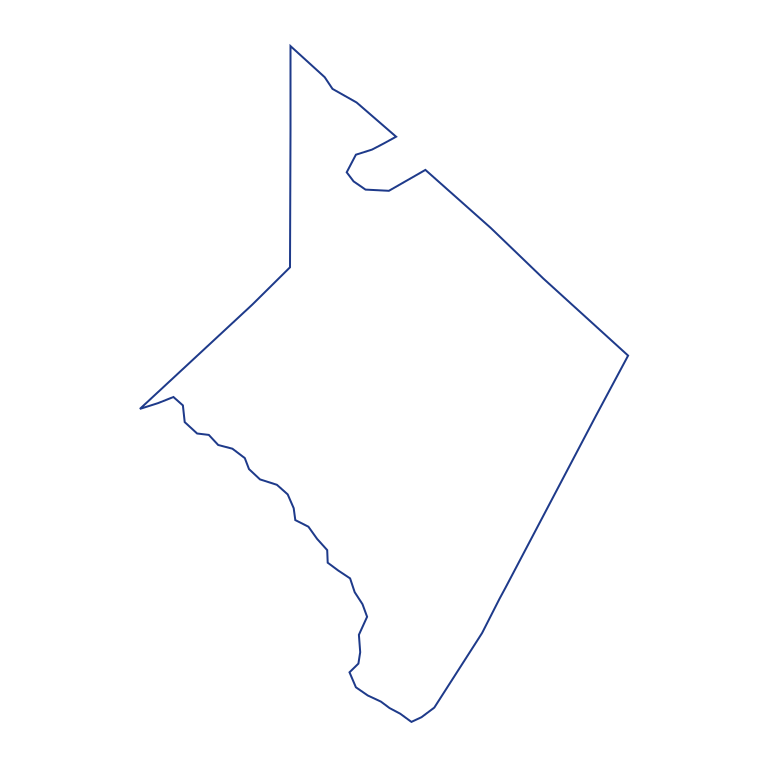 Umbaúba, Sergipe, Brazil
{"feature_id": "56859067B33305464141622", "entity_name": "Umbaúba", "entity_type": "district", "adm_level": 2, "iso_a3": "BRA", "parent_name": "Brazil", "parent_adm1": "Sergipe", "projection": "orthographic", "projection_center": [-37.678, -11.396], "detail": "fine", "context": "isolated", "style": "outline", "palette": "blue", "viewbox_px": 768, "rotation_deg": 0, "n_neighbors": 0, "source": "geoboundaries", "source_scale": "gbopen_adm2", "svg_char_len": 867}
<svg xmlns="http://www.w3.org/2000/svg" viewBox="0 0 768 768"><path d="M396.1,136.7L356.6,102.5L332.5,88.9L324.7,77.2L290.5,46.1L290.5,79.1L290.5,130.4L290.0,267.3L252.4,304.5L139.9,408.9L158.1,403.1L173.4,397.0L182.9,405.4L184.7,422.1L197.1,433.5L208.8,434.9L218.2,445.0L232.4,448.7L244.8,458.1L249.0,469.1L260.0,479.4L276.9,484.8L287.7,494.4L293.7,508.2L295.3,520.1L308.4,526.7L317.1,538.9L327.2,550.1L327.7,562.7L338.2,570.5L350.1,578.4L354.7,592.2L362.5,604.2L367.1,616.8L358.9,634.8L360.2,652.2L358.4,663.6L349.5,672.3L355.9,687.3L367.8,695.5L380.9,701.6L389.6,708.1L400.2,713.7L411.4,721.9L421.5,717.2L434.3,707.6L482.1,633.0L499.5,598.8L505.7,587.3L595.7,416.2L628.1,355.6L543.4,278.6L490.8,228.0L425.4,169.9L388.9,190.8L365.5,189.6L353.6,181.4L346.7,172.3L355.9,154.7L372.0,149.6L383.7,143.5L396.1,136.7Z" fill="none" stroke="#1e3a8a" stroke-width="2"/></svg>